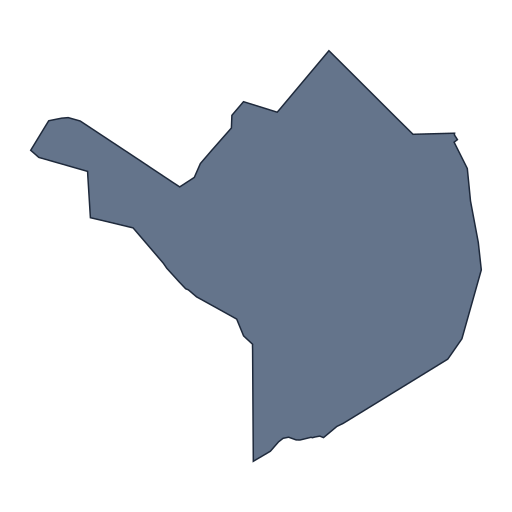 the district of Santa María Jalapa del Marqués, Oaxaca, Mexico
{"feature_id": "50627088B47200776133604", "entity_name": "Santa María Jalapa del Marqués", "entity_type": "district", "adm_level": 2, "iso_a3": "MEX", "parent_name": "Mexico", "parent_adm1": "Oaxaca", "projection": "robinson", "projection_center": [-95.524, 16.507], "detail": "fine", "context": "isolated", "style": "filled", "palette": "slate", "viewbox_px": 512, "rotation_deg": 0, "n_neighbors": 0, "source": "geoboundaries", "source_scale": "gbopen_adm2", "svg_char_len": 1039}
<svg xmlns="http://www.w3.org/2000/svg" viewBox="0 0 512 512"><path d="M413.0,134.3L396.7,118.2L339.6,61.3L328.9,50.7L279.3,109.8L277.2,112.2L243.5,101.7L231.9,115.3L231.4,128.0L212.1,149.9L200.4,163.5L194.3,177.4L179.7,186.9L171.6,181.6L149.8,167.1L142.2,162.0L80.2,121.0L68.2,117.6L62.5,118.1L62.0,118.1L56.4,119.2L49.0,120.7L48.7,120.8L45.8,125.5L30.7,150.3L38.8,157.4L79.3,169.0L87.6,171.4L87.8,175.7L90.4,217.7L93.0,218.3L101.1,220.2L133.1,227.9L163.3,263.2L166.8,268.3L178.9,281.6L185.7,288.8L188.3,289.8L196.6,296.9L208.6,303.5L236.7,319.1L242.0,332.0L243.6,335.9L246.8,338.9L252.6,344.3L252.5,345.7L252.6,350.1L253.3,458.9L253.3,461.3L270.4,451.2L278.5,441.9L283.1,438.3L288.6,437.2L296.1,439.9L300.0,440.0L311.0,437.3L312.4,437.7L314.9,437.0L319.8,436.1L323.5,437.6L336.9,426.4L343.3,423.3L391.5,393.7L393.8,392.3L447.8,359.1L451.5,353.8L461.9,338.8L481.3,269.9L478.3,242.5L470.5,201.0L469.2,187.7L467.3,168.5L454.1,142.2L457.4,139.6L454.4,134.9L454.6,133.2L413.0,134.3Z" fill="#64748b" stroke="#1e293b" stroke-width="1.5"/></svg>